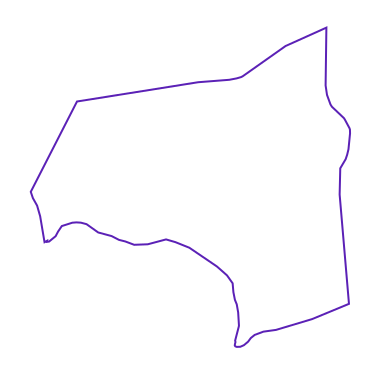 Al Isma`iliyah, orthographic projection, rotated 267°
{"feature_id": "EGY-1531", "entity_name": "Al Isma`iliyah", "entity_type": "Governorate", "adm_level": 1, "iso_a3": "EGY", "parent_name": "Egypt", "parent_adm1": "", "projection": "orthographic", "projection_center": [32.173, 30.661], "detail": "fine", "context": "isolated", "style": "outline", "palette": "violet", "viewbox_px": 384, "rotation_deg": 267, "n_neighbors": 0, "source": "natural_earth", "source_scale": "10m", "svg_char_len": 1001}
<svg xmlns="http://www.w3.org/2000/svg" viewBox="0 0 384 384"><g transform="rotate(267 192 192)"><path d="M149.8,44.6L150.9,44.8L149.6,42.1L175.7,39.1L186.5,36.6L194.2,32.8L200.6,31.0L288.4,81.9L301.3,203.9L302.1,235.1L303.1,242.4L304.2,247.1L304.8,248.4L304.8,248.5L332.9,293.1L349.1,334.8L291.4,331.0L281.9,331.9L272.1,334.9L269.8,336.2L257.8,347.6L256.4,348.4L247.5,352.6L246.0,353.0L242.2,352.9L226.5,350.5L221.1,348.9L216.8,347.2L207.9,341.3L181.7,339.3L72.1,342.9L58.8,305.3L49.9,268.7L48.8,256.0L46.0,247.1L43.1,243.1L39.6,240.2L36.3,235.8L34.9,232.1L35.0,228.5L35.6,227.2L36.4,226.7L37.8,226.9L39.7,227.5L40.3,227.5L41.3,227.3L55.2,231.7L56.2,231.9L69.3,231.8L77.5,230.8L82.1,229.2L89.8,228.1L98.7,227.8L106.9,222.6L116.3,213.0L136.5,186.4L142.8,172.8L146.0,163.6L142.1,145.1L142.3,131.5L146.1,122.8L148.0,116.6L152.2,109.4L156.5,96.2L165.4,85.0L167.2,79.4L167.7,75.0L167.6,70.9L164.8,60.2L159.5,56.2L155.0,53.5L150.0,46.7L149.8,44.6Z" fill="none" stroke="#5b21b6" stroke-width="2"/></g></svg>